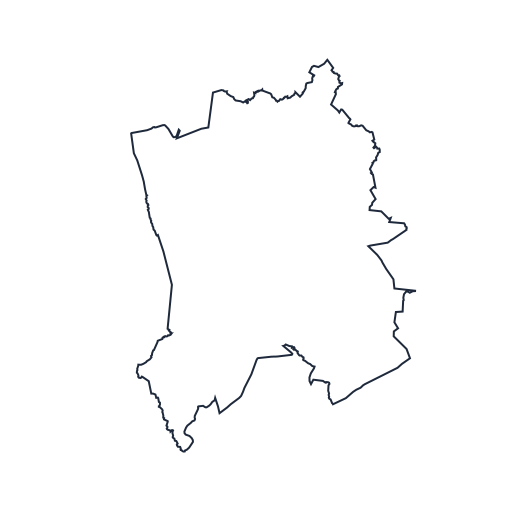 the district of Xichú, Guanajuato, Mexico, rotated 151°
{"feature_id": "50627088B76027952384475", "entity_name": "Xichú", "entity_type": "district", "adm_level": 2, "iso_a3": "MEX", "parent_name": "Mexico", "parent_adm1": "Guanajuato", "projection": "robinson", "projection_center": [-99.986, 21.356], "detail": "fine", "context": "isolated", "style": "outline", "palette": "slate", "viewbox_px": 512, "rotation_deg": 151, "n_neighbors": 0, "source": "geoboundaries", "source_scale": "gbopen_adm2", "svg_char_len": 6095}
<svg xmlns="http://www.w3.org/2000/svg" viewBox="0 0 512 512"><g transform="rotate(151 256 256)"><path d="M413.1,119.6L412.4,120.3L410.4,120.1L407.4,120.8L401.4,123.9L401.0,124.5L400.5,125.7L400.5,127.8L401.4,130.8L404.1,133.9L404.4,135.7L403.7,137.2L400.4,139.8L398.3,140.9L394.1,141.6L391.9,142.3L389.6,142.0L389.0,142.4L388.3,143.0L388.0,144.4L387.1,145.8L381.2,150.0L380.4,150.8L379.9,152.1L379.3,152.4L374.9,150.6L373.8,148.5L373.1,147.8L372.3,147.6L369.5,147.8L367.6,148.3L364.9,149.6L362.2,149.8L360.5,151.7L362.2,142.7L364.1,136.2L354.7,137.5L349.9,138.6L339.6,140.0L336.9,140.8L333.1,143.6L330.0,146.3L317.5,154.7L305.9,164.8L304.4,165.7L303.7,165.7L291.0,160.3L286.4,157.9L272.8,152.3L272.2,152.3L271.6,152.9L272.2,155.0L275.7,164.1L274.6,163.8L272.9,164.2L270.5,161.1L268.4,159.6L269.1,158.4L267.0,158.0L266.8,157.3L267.2,156.8L268.5,156.3L268.2,155.5L267.0,155.2L266.5,153.2L265.8,152.5L265.8,152.0L266.7,151.2L266.4,148.5L266.1,147.8L264.6,147.0L264.3,145.3L263.6,144.4L263.8,143.6L264.9,142.7L265.1,142.0L263.9,140.5L262.4,136.9L261.0,135.2L260.1,132.4L258.4,130.9L259.8,129.6L264.9,126.8L268.1,123.9L269.8,120.7L270.0,117.3L265.8,120.0L258.0,114.3L256.7,111.6L256.2,111.3L255.7,111.7L254.2,110.7L253.5,109.7L253.8,108.5L255.3,107.7L258.2,103.1L258.8,100.2L259.8,99.3L260.3,97.3L261.0,96.8L261.1,95.7L260.3,94.3L260.8,90.4L260.4,89.6L260.5,89.0L246.3,88.1L236.9,90.1L233.1,90.4L228.3,90.1L225.0,91.0L222.9,91.1L186.4,89.6L180.6,90.9L170.9,91.9L169.4,101.7L174.5,119.0L172.0,123.2L166.8,123.9L167.1,130.9L160.8,139.2L154.7,136.3L149.0,145.5L148.2,145.8L147.4,148.0L145.1,150.8L141.9,152.1L140.4,151.2L139.3,149.3L136.0,149.2L133.9,148.2L133.7,148.5L150.7,160.5L147.1,169.0L148.4,181.5L148.6,189.0L148.4,191.2L149.4,198.1L153.0,210.1L151.0,209.7L134.3,203.8L130.1,204.4L128.0,204.4L111.7,205.9L111.4,206.8L110.7,207.2L110.3,208.2L111.0,209.5L110.5,211.2L110.6,212.8L123.0,221.1L119.7,224.0L121.9,224.2L124.8,234.3L134.4,241.1L132.7,243.8L129.7,244.5L128.5,246.2L123.8,247.8L124.0,258.1L119.7,259.3L118.4,257.8L114.2,270.6L115.0,271.7L115.2,272.8L114.2,272.9L114.2,276.8L109.3,280.0L109.0,281.0L108.1,280.8L107.1,281.8L105.7,282.0L104.9,281.5L104.3,281.6L103.2,284.0L100.8,285.3L99.0,287.0L97.4,286.9L96.3,288.9L96.1,290.2L97.8,291.1L97.6,291.5L97.9,293.3L100.5,293.1L100.7,293.9L98.6,294.7L97.0,296.7L97.6,298.4L97.9,298.5L98.3,300.3L96.1,300.5L94.2,307.6L94.6,308.4L96.5,309.0L97.0,310.4L98.6,312.5L99.6,318.2L100.7,319.3L102.5,319.4L103.7,319.9L104.6,320.6L104.4,321.3L105.3,321.7L105.7,321.4L106.7,321.5L107.9,322.2L108.8,323.3L109.0,324.8L110.7,327.3L110.4,327.8L107.2,329.7L107.2,330.3L107.7,331.6L109.5,341.5L109.8,342.4L110.5,342.9L113.6,341.1L113.8,343.5L116.9,352.1L107.7,358.8L106.9,360.6L107.3,360.6L107.6,361.0L106.1,362.2L104.6,363.0L103.2,362.8L102.4,364.1L97.6,364.4L96.8,365.5L97.9,365.8L99.0,367.1L98.8,367.7L97.9,368.7L98.3,369.1L98.3,370.9L96.2,372.9L95.7,372.9L95.6,373.6L96.3,373.8L96.5,374.2L96.7,376.2L98.2,377.2L99.2,378.4L98.9,379.4L99.6,379.8L99.8,380.4L99.6,381.5L99.8,381.9L97.3,383.1L98.5,393.0L103.2,391.1L109.8,391.0L113.1,394.2L115.4,394.2L120.3,390.8L117.5,385.8L118.5,385.2L119.1,385.7L120.7,384.2L121.5,382.3L122.9,381.0L127.2,382.4L128.4,382.4L130.1,380.5L131.2,378.7L134.2,376.8L135.5,376.5L135.3,376.2L136.6,375.3L140.3,374.0L142.1,380.2L142.5,379.5L143.6,379.4L144.4,378.5L147.5,378.4L149.2,377.9L151.8,378.6L151.1,380.5L152.3,380.5L153.2,381.2L154.3,380.7L154.9,380.9L155.2,380.4L157.0,380.1L158.1,380.5L158.4,381.2L158.9,381.4L160.8,380.5L161.7,380.8L162.4,380.6L162.6,381.8L163.2,382.2L163.0,382.9L163.6,385.7L164.8,386.9L164.3,390.1L164.7,391.2L170.2,397.6L169.8,398.6L171.2,398.2L172.0,398.8L174.3,398.7L175.0,398.9L174.6,399.5L176.3,399.6L176.4,399.2L177.5,399.4L177.6,399.0L178.5,399.9L179.4,397.5L180.3,396.5L181.4,396.2L182.2,395.5L183.5,395.9L185.6,395.2L186.3,396.8L188.9,396.9L188.7,395.7L188.2,395.1L188.8,393.9L189.6,393.9L189.7,395.2L190.3,395.9L189.9,396.7L192.8,396.5L194.4,398.8L198.4,401.9L199.0,403.7L198.8,406.0L200.6,408.1L202.5,411.9L202.1,414.0L201.8,414.2L203.4,414.9L204.2,416.0L204.2,416.6L205.8,417.9L214.4,419.8L235.4,391.5L242.1,393.8L268.2,397.3L262.0,402.5L262.3,403.9L267.2,399.5L268.8,399.2L270.3,399.7L270.8,400.8L271.0,409.6L272.1,414.1L272.6,414.9L274.1,415.6L280.7,416.9L282.1,417.4L282.4,418.1L283.8,418.5L285.6,418.1L290.2,418.8L305.3,423.9L305.8,423.7L313.0,405.1L313.5,397.2L316.6,381.6L318.1,375.5L320.6,368.4L322.3,362.6L321.9,361.9L322.8,361.6L323.5,359.8L324.8,359.3L324.8,357.5L325.6,356.7L325.9,355.8L325.8,354.6L325.3,354.1L325.4,352.8L326.0,352.7L326.8,351.7L327.0,351.3L326.6,350.2L327.0,349.2L328.2,348.9L328.4,346.4L330.4,341.0L330.0,339.9L330.5,339.2L330.6,337.5L331.0,337.3L331.5,336.1L331.2,334.5L332.0,332.4L331.9,331.1L332.8,328.8L332.3,327.3L333.0,322.7L332.7,321.8L331.6,321.9L334.8,304.8L343.5,271.6L368.6,235.2L367.6,233.4L368.4,233.0L367.5,230.6L368.2,230.3L368.3,229.3L367.6,229.1L368.9,228.5L370.7,228.7L371.3,229.3L372.4,228.8L373.9,229.3L374.2,229.9L375.4,230.1L375.9,230.1L376.0,229.5L377.4,229.8L378.2,228.8L383.0,229.5L384.1,228.3L390.9,223.2L391.7,223.3L394.0,221.3L395.0,219.8L396.3,219.4L396.5,218.1L398.9,217.1L402.7,216.9L403.5,216.4L406.7,216.3L409.3,216.6L411.6,218.0L412.0,217.3L414.6,214.9L415.0,213.7L415.8,213.2L416.8,211.7L416.5,210.8L416.7,208.8L417.0,208.0L417.6,207.5L417.5,206.4L416.2,205.3L415.2,205.3L414.4,205.9L414.0,205.5L410.5,198.5L414.3,186.4L412.7,185.5L411.1,183.6L412.0,180.3L410.5,179.8L410.4,179.2L411.7,175.4L411.1,174.4L411.9,172.8L413.1,171.7L413.8,171.7L414.1,171.2L413.4,170.5L412.4,167.3L412.6,166.0L413.6,165.0L413.5,164.6L414.4,161.4L415.5,159.6L414.9,158.8L415.7,157.7L413.3,154.4L413.5,153.9L416.6,151.0L416.2,149.8L416.8,148.8L417.7,148.4L417.8,147.8L417.5,146.9L415.5,144.9L415.9,143.9L414.0,144.5L413.2,144.0L413.2,143.5L413.8,143.3L414.9,141.7L415.6,139.0L416.7,138.0L416.6,136.9L415.9,135.9L416.5,133.8L415.4,132.8L415.4,131.6L415.5,129.9L416.6,129.6L416.9,128.6L416.8,127.1L414.9,125.8L415.1,124.2L415.8,123.4L415.9,122.8L415.2,122.3L415.0,121.1L414.2,120.1L413.1,119.6Z" fill="none" stroke="#1e293b" stroke-width="2"/></g></svg>